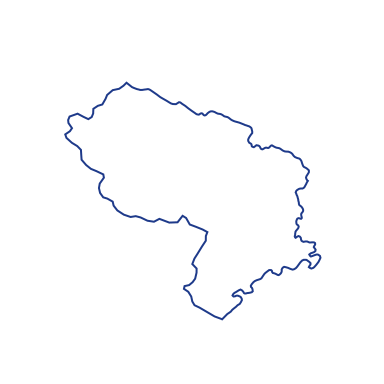 Rasony, Vitebsk, Belarus, rotated 216°
{"feature_id": "67162791B65560195088656", "entity_name": "Rasony", "entity_type": "district", "adm_level": 2, "iso_a3": "BLR", "parent_name": "Belarus", "parent_adm1": "Vitebsk", "projection": "orthographic", "projection_center": [28.698, 55.907], "detail": "fine", "context": "isolated", "style": "outline", "palette": "blue", "viewbox_px": 384, "rotation_deg": 216, "n_neighbors": 0, "source": "geoboundaries", "source_scale": "gbopen_adm2", "svg_char_len": 5180}
<svg xmlns="http://www.w3.org/2000/svg" viewBox="0 0 384 384"><g transform="rotate(216 192 192)"><path d="M309.2,241.9L309.9,237.7L311.6,232.7L316.0,227.8L317.7,220.6L316.7,216.6L316.0,210.1L318.8,206.4L320.7,201.3L318.1,197.4L317.2,193.7L318.7,190.0L324.1,189.0L330.6,188.1L335.4,181.1L334.5,177.4L332.5,175.2L326.6,173.1L326.5,169.4L328.4,164.1L325.4,162.0L318.1,161.2L311.8,161.7L306.6,160.8L303.4,156.9L300.3,153.2L293.5,151.6L287.4,151.3L281.6,152.7L274.1,154.1L271.7,151.8L271.6,144.6L269.6,140.5L265.8,137.2L260.7,135.5L256.6,136.9L250.5,137.6L247.4,134.9L241.6,133.2L233.8,133.6L227.0,135.7L223.3,139.4L218.6,141.2L211.1,142.6L205.3,145.6L202.6,151.1L192.4,153.9L185.9,159.0L185.6,167.2L181.5,167.5L174.7,164.4L168.2,166.2L161.4,167.9L156.0,168.6L154.9,164.5L152.2,160.7L151.9,153.9L151.2,144.8L150.9,139.6L149.4,133.9L143.3,132.8L140.9,129.4L138.5,123.7L138.5,119.4L139.6,115.0L142.7,111.5L141.6,108.9L136.4,109.1L131.2,107.0L127.4,103.6L123.4,101.9L117.9,102.9L110.8,103.6L100.6,104.6L93.5,106.6L92.8,106.7L91.7,114.1L91.2,115.4L90.3,118.0L90.2,120.3L89.7,122.3L88.9,125.1L88.6,127.1L87.6,129.5L87.7,131.7L88.1,133.9L89.2,135.0L91.0,135.7L92.3,135.5L93.9,135.1L94.8,134.5L95.3,134.0L95.8,133.0L96.9,131.9L97.4,131.9L98.4,132.1L98.6,133.2L98.6,134.3L98.2,135.7L97.6,136.9L97.0,138.4L96.4,139.9L95.4,141.6L93.7,141.8L91.8,141.4L90.6,140.8L89.9,140.8L88.8,141.5L88.0,142.6L86.9,143.6L85.9,144.6L84.7,146.1L84.5,147.4L86.0,149.0L87.2,149.7L88.5,149.9L89.3,150.7L89.5,152.5L89.3,155.2L88.8,156.9L87.8,158.7L86.9,159.9L85.6,161.7L85.1,163.0L85.2,165.2L85.3,168.1L85.1,169.5L84.6,171.3L83.7,174.2L82.2,175.3L81.4,175.3L80.7,175.0L80.2,174.4L79.1,174.0L78.1,174.4L77.3,174.7L76.0,175.0L75.1,175.1L73.9,175.3L73.2,175.6L72.7,176.4L72.3,178.4L72.5,179.8L73.0,180.9L73.8,181.8L74.1,183.1L74.0,184.4L73.5,185.6L71.9,186.3L69.7,187.1L67.7,187.5L66.3,187.9L64.9,188.4L63.9,189.7L63.2,191.5L63.0,193.4L63.0,194.8L63.0,198.8L62.6,201.4L61.7,202.9L59.5,204.4L57.4,204.4L55.9,204.4L54.3,204.1L53.5,202.9L53.5,201.2L53.3,199.9L51.9,199.9L50.5,200.2L49.4,201.7L49.0,202.9L48.7,205.8L48.6,208.3L48.6,210.0L49.0,212.4L49.4,214.3L50.9,215.5L52.0,215.5L53.3,215.4L54.2,214.9L54.9,214.1L55.8,212.8L56.9,211.1L57.9,209.7L59.2,209.8L60.4,210.4L59.9,212.2L58.7,213.9L57.9,215.1L57.5,216.8L58.2,218.1L59.2,218.4L60.2,218.7L61.1,219.0L61.4,220.2L61.4,221.1L61.6,222.1L62.4,223.0L63.5,223.0L64.4,222.5L65.4,221.8L66.2,221.0L67.3,220.2L68.7,219.9L69.9,219.6L71.2,218.6L72.5,217.2L74.0,216.9L74.9,217.0L76.0,217.8L77.1,218.9L78.5,219.3L79.9,219.0L80.4,218.2L80.9,217.1L81.2,215.9L81.9,215.9L82.9,216.6L83.2,217.7L84.0,218.9L84.6,220.1L85.0,220.9L85.0,221.9L84.9,223.3L84.8,224.6L84.9,225.6L85.4,226.8L86.5,227.4L87.6,227.4L88.2,227.4L89.0,227.9L89.8,228.8L90.3,229.4L90.7,230.3L91.0,231.5L91.1,232.3L90.9,232.8L90.4,233.5L89.5,233.9L88.6,234.1L87.9,234.6L87.9,235.5L88.5,236.2L89.5,236.9L90.7,238.3L90.9,239.0L90.8,240.1L90.8,241.1L91.0,242.1L91.6,242.9L92.7,243.7L94.7,244.4L95.9,244.5L97.4,244.5L98.5,245.2L99.5,246.4L100.8,247.4L101.8,248.5L103.0,249.4L104.3,250.5L105.7,251.2L106.9,252.1L107.9,252.6L108.3,254.2L108.1,255.4L107.5,256.9L107.0,257.8L105.9,258.9L104.7,259.7L104.1,260.8L103.9,262.1L104.2,264.5L104.4,266.0L104.7,267.2L104.8,269.1L105.5,269.1L107.1,269.8L108.2,270.6L108.7,272.0L108.8,273.6L108.9,275.1L109.0,276.5L109.8,277.8L110.5,278.3L113.1,278.5L114.4,278.4L115.9,278.1L117.0,278.2L118.1,278.8L119.3,279.6L120.3,280.3L120.9,280.8L122.2,281.6L124.0,282.1L124.8,282.1L125.9,281.7L127.0,281.3L128.3,281.0L129.3,280.8L131.0,281.0L132.2,281.4L133.3,281.8L134.7,281.9L135.8,281.8L137.7,281.3L139.2,280.3L140.0,279.8L141.0,279.3L143.0,278.9L144.9,278.9L146.0,278.9L147.2,278.7L148.3,278.2L149.5,277.6L150.4,277.3L151.4,277.1L152.8,276.9L154.3,276.8L154.8,276.7L155.4,275.8L155.6,274.3L155.8,273.1L156.2,272.4L156.9,272.0L157.9,271.6L158.6,271.0L159.1,270.1L159.5,269.1L160.0,268.0L161.0,267.5L162.0,267.6L162.9,268.1L163.7,268.5L164.6,268.7L165.5,268.6L167.4,267.7L167.9,265.8L168.3,264.6L169.0,264.3L170.4,264.1L171.1,264.7L171.9,265.5L172.7,265.7L173.8,265.6L174.7,265.5L176.6,266.4L177.4,267.5L177.7,268.6L177.9,270.1L178.0,271.8L178.0,273.8L177.9,275.0L178.5,275.9L178.9,276.4L180.3,277.6L181.2,278.4L181.8,278.7L183.2,278.8L184.4,278.7L185.6,278.3L187.3,277.8L188.3,277.4L189.8,277.1L192.6,276.4L194.5,275.9L196.7,275.1L198.5,274.4L199.8,274.0L201.8,273.6L203.2,273.5L205.6,273.6L207.2,273.5L208.2,273.1L209.1,272.7L210.4,272.2L212.4,272.2L213.8,272.1L215.3,271.6L216.3,271.0L217.4,270.5L219.1,270.2L220.8,270.0L221.7,269.7L222.8,269.3L224.1,268.4L225.0,267.1L225.7,264.8L225.8,263.3L226.1,262.2L226.7,261.4L227.7,261.1L228.6,261.3L229.7,261.6L230.8,261.1L231.4,260.1L231.6,259.2L232.1,258.5L233.1,258.0L234.1,257.6L236.3,257.6L239.8,257.5L244.3,257.5L248.0,257.7L252.0,257.5L254.0,257.6L255.3,257.0L255.8,255.7L256.6,253.7L257.7,252.9L259.2,251.9L261.0,251.3L263.2,251.1L266.0,250.9L271.4,250.3L273.6,250.1L277.7,250.2L282.4,250.1L285.8,250.0L287.0,249.8L288.1,249.4L288.9,248.6L289.7,247.8L290.6,247.0L291.3,246.3L292.3,245.3L293.9,244.1L295.1,243.7L296.3,243.2L297.3,242.8L300.3,242.0L302.2,241.6L304.5,241.7L309.2,241.9Z" fill="none" stroke="#1e3a8a" stroke-width="2"/></g></svg>